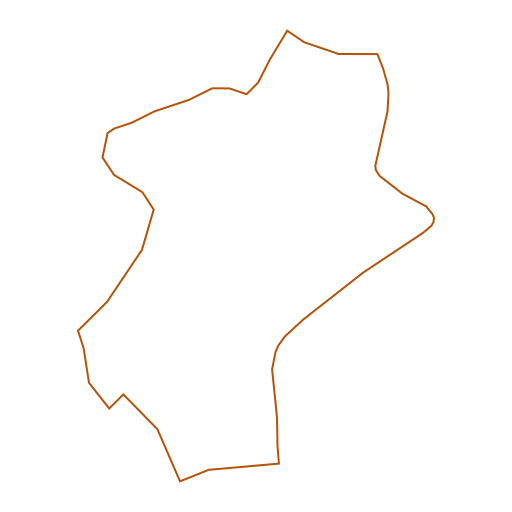 outline of Taedong, P'yŏngan-namdo, North Korea
{"feature_id": "82179303B2846476233094", "entity_name": "Taedong", "entity_type": "district", "adm_level": 2, "iso_a3": "PRK", "parent_name": "North Korea", "parent_adm1": "P'yŏngan-namdo", "projection": "robinson", "projection_center": [125.569, 39.107], "detail": "fine", "context": "isolated", "style": "outline", "palette": "amber", "viewbox_px": 512, "rotation_deg": 0, "n_neighbors": 0, "source": "geoboundaries", "source_scale": "gbopen_adm2", "svg_char_len": 735}
<svg xmlns="http://www.w3.org/2000/svg" viewBox="0 0 512 512"><path d="M278.9,463.6L277.5,445.7L277.0,417.6L272.1,369.3L275.5,352.0L278.4,345.4L284.8,336.5L302.9,319.8L363.1,272.6L423.2,232.7L431.6,225.5L433.5,221.9L434.0,217.8L432.5,214.2L426.2,206.4L402.7,193.9L379.7,176.0L375.8,170.0L375.3,165.8L387.5,111.5L388.5,93.1L387.5,84.1L383.1,68.6L377.4,54.1L338.6,54.0L304.3,42.3L287.2,30.7L269.8,59.6L258.1,82.7L246.5,94.2L229.4,88.4L212.2,88.3L189.1,99.8L154.6,111.3L131.5,122.8L114.3,128.5L107.6,133.0L102.5,157.4L113.9,174.8L142.4,192.2L153.7,209.6L141.9,250.0L107.0,301.9L78.0,330.7L83.6,348.1L89.0,382.8L109.2,408.5L123.3,394.4L157.4,429.2L180.0,481.3L208.8,469.8L278.9,463.6Z" fill="none" stroke="#b45309" stroke-width="2"/></svg>